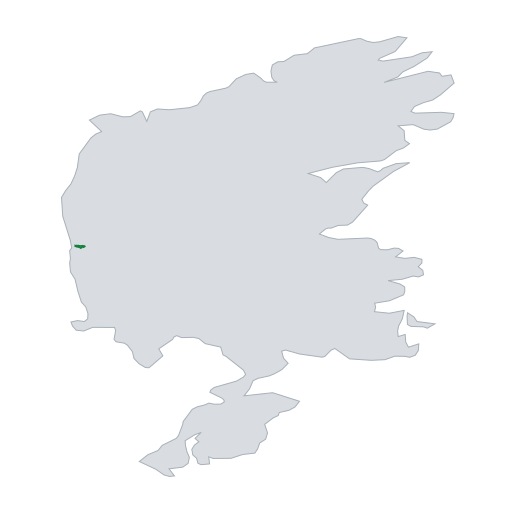 North Inner City Lea-7, Dublin, Ireland shown in context, rotated 181°
{"feature_id": "5873133B14640921830681", "entity_name": "North Inner City Lea-7", "entity_type": "district", "adm_level": 2, "iso_a3": "IRL", "parent_name": "Ireland", "parent_adm1": "Dublin", "projection": "natural_earth1", "projection_center": [-6.235, 53.356], "detail": "fine", "context": "in_parent", "style": "filled", "palette": "green", "viewbox_px": 512, "rotation_deg": 181, "n_neighbors": 0, "source": "geoboundaries", "source_scale": "gbopen_adm2", "svg_char_len": 4534}
<svg xmlns="http://www.w3.org/2000/svg" viewBox="0 0 512 512"><g transform="rotate(181 256 256)"><path d="M346.5,65.0L332.5,72.3L330.4,75.0L326.4,86.1L325.9,89.3L317.1,101.6L312.1,104.2L304.7,106.2L300.5,108.1L295.3,107.1L288.6,107.3L285.3,109.5L285.4,111.2L287.4,113.2L299.7,118.9L298.9,121.2L295.4,123.9L273.3,130.6L266.6,134.6L264.3,137.3L266.6,141.7L284.2,155.1L287.2,156.5L289.7,164.3L305.3,167.5L311.6,172.4L317.1,173.6L329.0,173.1L333.8,175.0L336.6,173.6L338.1,171.0L351.6,161.5L347.4,154.5L361.0,142.4L364.7,142.6L371.0,146.2L376.2,151.4L377.9,158.2L382.8,164.4L385.9,166.5L394.5,167.8L396.5,170.2L395.0,179.1L396.2,182.1L418.1,181.8L426.9,178.0L434.5,178.7L438.2,182.7L439.9,186.8L433.3,188.3L426.5,187.5L423.2,190.2L423.0,195.4L425.3,202.1L429.8,206.9L433.5,217.7L436.5,229.6L441.2,236.8L442.2,245.8L441.5,250.2L442.4,258.1L440.4,260.9L441.9,268.3L449.9,292.3L451.5,311.1L447.5,318.1L442.3,324.8L438.8,332.7L436.2,341.2L434.5,355.0L423.1,371.2L418.2,375.2L412.5,377.7L424.9,389.0L414.8,394.1L403.7,395.7L391.5,392.8L383.9,393.2L374.2,399.1L372.1,398.0L367.5,388.7L364.1,398.3L357.1,401.3L345.0,400.7L324.9,403.2L317.1,406.0L313.9,410.3L311.4,415.2L308.3,418.1L304.7,419.7L289.1,423.3L286.0,424.8L278.8,432.8L269.3,437.4L261.4,438.8L254.5,434.1L251.7,431.3L248.5,429.9L237.8,430.1L241.1,431.6L243.3,434.9L244.3,441.1L243.0,447.3L237.7,450.5L231.4,451.0L221.4,457.4L208.2,459.2L201.1,465.1L157.5,475.1L155.0,475.2L149.0,472.7L142.5,471.5L136.1,472.3L117.8,477.9L108.9,476.8L120.4,462.9L135.6,455.9L137.2,454.0L132.3,453.1L103.6,457.9L93.5,462.1L83.5,463.3L88.2,457.0L101.3,448.3L112.5,442.6L117.3,437.5L131.0,431.8L87.2,443.7L75.7,442.2L73.1,438.9L64.2,440.5L60.9,432.4L74.4,420.3L82.2,415.0L91.4,412.2L100.2,408.2L103.6,403.2L99.5,401.6L73.1,402.9L60.5,401.8L61.3,397.9L63.7,393.6L76.9,386.1L84.0,385.0L90.3,385.7L101.3,390.1L116.2,388.6L110.1,383.9L109.2,374.2L104.5,371.0L110.6,366.5L117.6,363.8L129.3,354.6L133.4,353.2L156.2,350.9L180.9,346.1L205.3,339.4L192.9,335.6L187.0,330.7L177.2,340.7L170.2,344.5L150.7,346.5L144.5,345.4L135.8,342.3L133.1,343.5L130.5,345.9L117.5,350.8L103.9,352.0L119.9,343.0L140.2,327.8L144.7,323.0L151.2,314.6L149.3,310.9L145.2,308.8L160.0,291.6L165.1,288.5L174.4,288.0L181.3,285.2L184.3,285.2L187.0,284.2L193.0,279.1L183.9,275.8L174.4,274.1L145.0,275.9L141.1,275.5L137.5,273.9L135.2,271.7L133.5,265.8L131.3,264.5L124.7,264.5L118.1,266.3L113.6,266.1L109.1,263.6L116.4,257.6L107.2,256.2L97.9,257.4L90.1,255.6L90.0,251.9L93.6,248.1L89.0,244.6L88.2,240.1L93.1,237.9L98.5,238.7L109.4,235.3L123.5,233.7L111.5,230.5L106.8,227.7L106.6,223.4L107.7,219.8L121.7,213.6L136.5,210.9L135.5,206.8L136.6,202.4L121.7,201.1L106.9,204.2L108.6,195.8L112.3,188.2L113.1,183.2L112.4,177.9L105.5,180.2L104.8,172.6L102.0,167.5L91.7,171.0L92.1,164.2L95.1,159.5L100.5,157.4L105.8,158.3L115.6,158.2L125.2,154.6L138.9,153.7L160.7,154.8L175.5,164.9L179.4,163.1L185.5,156.7L188.3,156.0L210.9,158.8L224.9,162.5L228.7,161.3L226.7,154.3L222.0,149.3L228.1,142.9L235.5,138.6L240.5,136.4L251.9,133.7L256.8,131.2L260.2,122.9L265.5,116.0L237.0,119.6L210.0,111.5L214.4,105.7L220.1,102.4L230.0,99.9L231.0,96.9L236.0,94.4L244.4,87.9L241.4,79.3L243.1,73.1L249.1,69.0L251.0,63.2L253.7,58.9L265.8,57.3L277.4,53.3L295.2,52.8L299.8,54.4L298.8,47.3L307.2,46.4L310.5,47.8L311.9,52.8L315.7,56.0L316.8,61.6L314.2,65.9L309.9,69.2L313.8,72.6L307.7,78.7L314.3,76.1L323.6,70.1L323.2,65.2L321.6,59.0L319.1,53.5L320.3,47.4L325.6,43.6L339.3,41.7L333.7,34.7L338.7,34.1L344.2,35.5L352.2,40.9L369.1,48.5L360.8,55.3L350.5,59.9L346.5,65.0ZM103.9,198.6L103.5,201.9L97.0,197.8L93.9,193.3L75.9,191.3L83.5,186.8L87.2,188.1L99.9,188.3L103.4,190.2L103.9,198.6Z" fill="#d9dde1" stroke="#a8b0b8" stroke-width="1"/><path d="M433.6,263.3L433.6,263.2L434.6,263.2L433.9,263.1L434.0,262.8L434.2,263.0L434.4,263.0L434.2,263.0L434.1,262.9L434.7,262.9L435.0,263.3L435.8,263.4L436.0,263.3L436.1,263.0L436.3,263.0L436.3,263.3L436.7,263.3L436.7,263.0L436.9,263.0L437.0,263.2L437.0,262.7L436.9,262.7L436.9,262.8L436.8,262.7L436.5,262.7L436.4,262.4L435.1,262.3L435.1,262.0L434.5,262.0L433.7,261.7L433.5,261.8L433.3,261.9L433.1,261.8L432.5,261.5L432.3,261.4L432.1,261.2L431.9,261.1L431.6,260.9L431.4,260.8L431.3,260.7L431.2,260.7L431.1,260.9L431.0,261.1L430.0,262.4L429.7,262.2L429.5,262.3L429.4,262.1L429.5,262.0L429.4,261.9L429.2,261.8L429.1,261.6L428.6,261.8L428.0,262.0L427.3,262.5L427.6,262.9L427.6,263.0L427.9,263.0L428.1,263.1L428.7,263.1L429.3,263.3L429.7,263.3L430.4,263.2L431.0,263.0L433.4,263.2L433.6,263.3Z" fill="#22c55e" stroke="#15803d" stroke-width="1.5"/></g></svg>